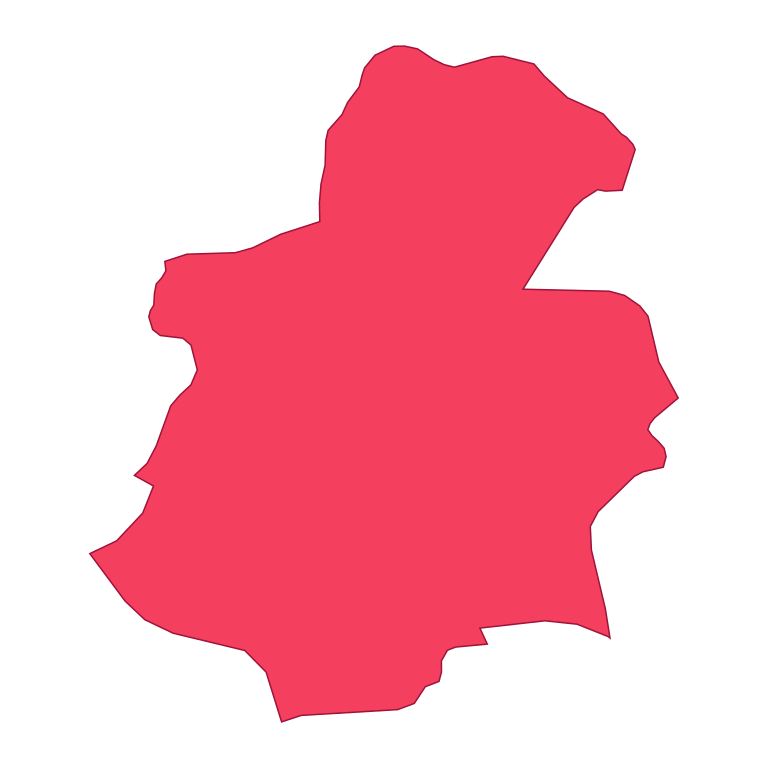 the District of Luxembourg
{"feature_id": "LUX-908", "entity_name": "Luxembourg", "entity_type": "District", "adm_level": 1, "iso_a3": "LUX", "parent_name": "Luxembourg", "parent_adm1": "", "projection": "albers", "projection_center": [6.069, 49.636], "detail": "fine", "context": "isolated", "style": "filled", "palette": "rose", "viewbox_px": 768, "rotation_deg": 0, "n_neighbors": 0, "source": "natural_earth", "source_scale": "10m", "svg_char_len": 1351}
<svg xmlns="http://www.w3.org/2000/svg" viewBox="0 0 768 768"><path d="M89.8,553.6L116.7,540.8L142.7,513.1L153.5,486.0L134.4,475.4L147.1,463.4L156.2,446.0L170.7,405.9L179.7,395.3L190.9,384.9L197.3,369.9L191.0,345.1L182.9,338.2L160.3,335.5L152.7,329.6L148.8,316.8L150.4,310.6L153.8,305.1L154.4,293.7L156.2,284.1L161.7,277.9L165.9,270.8L164.8,261.4L186.9,254.2L235.4,252.7L252.5,247.9L280.8,234.2L319.8,221.6L319.4,203.1L321.0,184.1L325.1,165.2L325.8,140.6L328.1,130.4L342.0,114.6L347.6,102.4L359.3,86.8L362.1,75.2L364.6,67.9L375.0,55.2L393.8,46.3L404.6,46.1L417.6,48.9L433.9,59.7L444.0,64.6L454.4,67.2L492.1,56.7L503.2,56.3L534.0,64.0L544.3,76.1L567.6,97.8L603.3,114.0L621.2,133.9L626.6,137.4L632.9,144.4L635.2,149.5L622.2,190.3L605.4,191.1L597.6,189.7L583.3,198.8L574.1,207.4L523.0,289.2L609.2,291.2L624.6,295.4L639.8,305.9L648.0,316.2L658.8,362.0L678.2,398.0L654.6,417.8L650.1,423.5L647.8,429.7L652.2,435.9L658.4,441.6L664.1,448.2L666.1,456.6L663.3,467.2L642.9,471.8L634.3,476.3L598.1,511.7L590.3,526.5L591.4,550.0L605.4,609.0L610.0,638.0L608.0,636.5L577.0,624.2L544.9,620.8L479.9,628.1L487.3,644.1L455.4,647.1L447.4,650.3L441.4,660.9L441.5,672.1L439.0,681.4L425.3,686.7L414.3,703.4L397.7,709.6L301.2,715.4L281.6,721.9L266.1,672.1L244.8,650.5L173.1,633.2L144.8,619.7L125.1,601.1L89.8,553.6Z" fill="#f43f5e" stroke="#9f1239" stroke-width="1.5"/></svg>